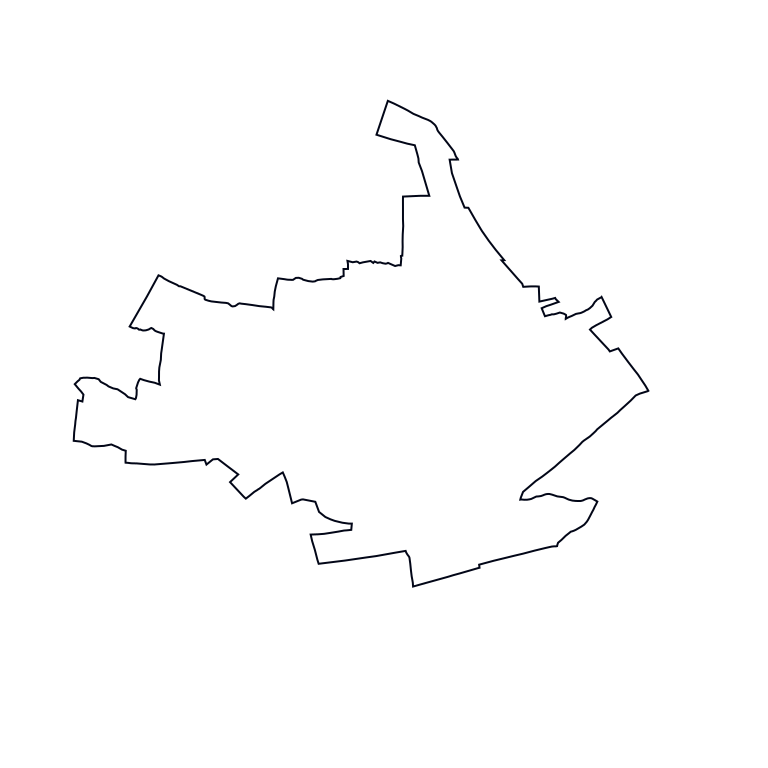 outline of Costesti, Iasi, Romania, rotated 308°
{"feature_id": "2599482B63280178112896", "entity_name": "Costesti", "entity_type": "district", "adm_level": 2, "iso_a3": "ROU", "parent_name": "Romania", "parent_adm1": "Iasi", "projection": "orthographic", "projection_center": [26.927, 47.235], "detail": "fine", "context": "isolated", "style": "outline", "palette": "ink", "viewbox_px": 768, "rotation_deg": 308, "n_neighbors": 0, "source": "geoboundaries", "source_scale": "gbopen_adm2", "svg_char_len": 5938}
<svg xmlns="http://www.w3.org/2000/svg" viewBox="0 0 768 768"><g transform="rotate(308 384 384)"><path d="M616.5,271.0L617.2,269.4L618.2,268.1L618.7,266.9L619.3,265.6L619.6,263.9L619.8,260.0L619.7,258.6L619.2,256.0L617.4,250.1L616.5,246.3L615.0,240.9L614.2,234.6L613.5,230.7L611.2,219.5L610.5,216.7L609.5,212.7L575.8,224.6L581.0,238.5L585.2,248.3L587.7,254.3L591.1,261.3L585.6,268.8L582.9,272.3L579.9,275.0L575.2,282.8L560.2,303.8L555.2,297.4L553.5,295.4L545.2,285.7L543.4,283.6L541.5,285.0L533.6,291.2L525.4,297.6L520.3,301.9L513.2,306.8L508.0,310.7L503.4,314.4L496.4,319.4L496.0,318.9L495.3,318.5L494.4,319.3L493.6,320.3L487.8,324.1L486.4,322.1L483.8,320.1L481.9,312.6L480.8,312.1L479.7,311.1L478.4,308.6L477.5,306.1L475.5,304.3L474.7,301.1L472.8,301.0L472.7,297.7L466.9,292.5L464.1,290.4L464.1,288.5L463.6,287.0L460.7,284.4L458.5,279.4L456.3,281.8L452.5,284.8L449.7,281.3L444.3,285.7L441.6,283.9L440.5,284.4L438.2,282.5L435.6,279.9L434.6,278.5L434.4,277.8L428.7,271.3L425.2,267.8L423.6,266.9L422.4,266.4L420.8,264.8L418.5,261.0L416.4,256.1L416.4,254.6L415.8,253.0L415.2,251.4L413.3,249.2L410.1,248.2L409.2,247.1L406.7,243.6L405.3,241.0L402.0,235.4L394.4,238.6L389.6,241.0L385.3,243.7L382.3,245.2L380.3,246.6L374.7,250.8L374.7,250.3L375.0,249.3L375.0,248.3L374.7,247.6L372.1,243.3L368.6,237.8L365.3,231.9L361.8,225.9L359.4,222.0L358.7,220.6L357.5,219.8L355.9,219.4L353.8,218.7L352.9,217.9L351.9,216.9L351.5,215.8L351.6,213.6L351.6,211.5L350.6,209.5L348.0,205.6L342.8,197.1L341.6,194.5L340.4,191.3L340.5,190.5L340.7,190.2L342.2,189.0L342.4,188.5L342.3,187.5L341.6,184.7L335.7,163.5L334.8,162.2L334.7,159.9L332.6,151.2L331.7,145.8L331.7,143.0L331.5,141.8L330.8,139.4L307.2,143.3L272.7,148.2L273.5,151.8L274.5,153.6L275.4,154.1L275.8,154.8L276.1,156.3L276.0,157.5L276.6,158.3L276.9,158.4L277.6,160.8L278.6,162.1L279.7,163.3L282.1,165.0L284.2,165.8L284.9,166.2L285.3,168.3L285.0,170.2L285.1,171.4L285.6,173.2L286.5,175.7L287.6,178.7L288.2,179.6L273.5,188.1L271.0,189.5L265.6,193.3L258.7,196.8L255.4,199.0L250.6,202.7L248.3,204.4L245.5,207.8L243.8,202.5L241.4,197.6L239.2,192.3L238.0,188.7L236.7,188.6L233.8,189.2L228.1,191.3L227.2,192.7L223.1,195.7L220.2,197.2L218.9,197.4L216.1,190.4L216.5,186.2L215.8,177.3L213.8,173.3L212.5,168.4L212.5,166.0L211.3,159.5L212.1,156.2L210.5,152.1L209.2,150.7L206.4,146.4L203.8,143.2L201.4,141.1L199.7,141.4L197.5,140.9L193.5,140.4L192.2,146.3L191.6,149.9L190.6,153.7L184.5,157.1L182.8,152.8L173.3,158.6L167.7,162.1L165.0,163.6L161.9,165.6L155.2,169.6L148.2,174.5L152.5,181.4L154.0,186.1L154.7,189.3L155.0,191.6L155.5,192.7L157.1,194.8L162.8,201.4L168.5,206.4L169.5,210.3L170.3,213.1L171.0,218.0L172.4,221.6L167.7,225.0L163.7,228.1L162.9,228.8L164.3,230.9L165.9,233.6L169.3,238.2L172.4,242.9L176.5,249.1L179.1,252.5L183.8,257.6L188.3,262.5L192.0,266.5L199.4,274.4L205.0,280.1L209.5,284.9L213.8,289.5L212.8,291.1L211.2,293.7L219.3,295.6L222.7,299.3L222.7,299.7L222.8,310.8L223.0,324.8L221.0,324.5L211.9,323.1L208.8,342.9L208.6,345.7L212.9,346.8L219.2,348.2L222.7,349.5L223.9,349.8L224.6,350.2L232.3,352.0L240.2,354.6L248.4,357.3L252.0,358.7L249.8,362.8L246.9,367.7L243.2,372.5L233.4,385.0L241.9,389.9L243.2,391.2L248.9,402.4L243.2,411.6L243.1,419.7L244.4,425.1L245.8,429.4L249.1,436.7L252.2,442.0L254.2,444.6L248.9,448.0L245.9,444.9L243.9,442.7L239.6,438.9L234.2,433.9L229.1,429.1L225.0,424.6L220.2,418.9L215.9,424.2L210.6,431.8L204.5,439.7L202.1,443.2L207.5,448.6L221.0,462.1L236.7,477.1L243.6,483.8L258.0,496.7L265.8,503.8L265.2,504.7L264.6,505.9L264.0,507.5L263.4,509.8L263.1,510.5L262.7,511.1L258.6,515.3L253.6,520.1L249.5,524.2L247.1,526.9L245.2,529.0L242.3,531.6L252.9,539.4L258.3,543.4L265.6,548.8L271.7,553.3L276.0,556.3L281.5,560.4L289.8,566.4L296.6,571.3L298.0,572.4L300.2,570.2L312.3,579.3L321.4,586.5L328.9,592.4L336.0,598.1L345.5,605.3L354.2,612.2L357.5,614.9L359.3,616.4L360.9,618.1L362.0,619.5L362.8,620.2L364.3,619.5L366.1,618.9L370.2,619.8L376.2,620.6L380.7,621.7L382.6,622.1L383.8,623.0L385.2,623.9L387.1,624.9L393.1,627.3L396.5,628.4L400.4,628.6L402.7,628.4L407.2,627.6L411.3,626.8L413.8,626.4L416.7,625.7L419.7,625.2L422.7,624.5L422.4,622.1L421.9,618.6L421.5,617.4L420.4,616.0L419.2,614.9L416.5,613.3L415.0,612.6L413.6,611.6L412.6,610.7L409.9,607.1L408.1,604.2L406.7,600.9L406.3,599.4L405.6,596.3L405.1,594.8L402.1,589.7L400.3,584.6L399.2,582.1L398.3,580.9L397.0,579.6L395.6,578.6L394.3,577.9L392.4,576.7L390.6,575.0L389.1,573.3L387.7,572.6L384.1,570.8L382.6,569.6L380.8,567.9L379.2,565.9L377.6,563.4L376.8,562.6L378.6,561.8L384.6,560.0L390.8,561.3L395.8,562.3L400.9,563.3L408.5,565.7L414.6,567.3L424.1,569.6L429.9,570.6L435.5,571.7L443.9,573.4L449.2,574.6L456.5,575.6L460.4,575.9L462.6,576.4L469.3,578.5L474.5,579.4L477.2,579.8L479.6,579.9L487.3,581.6L492.7,582.8L497.0,583.7L505.0,585.7L508.9,586.2L513.3,587.0L522.7,588.6L529.9,589.4L533.9,591.5L540.8,596.3L541.4,596.5L543.6,591.0L545.6,584.9L547.8,578.3L549.3,572.1L551.7,562.8L554.4,552.9L556.3,546.7L548.7,541.9L549.4,539.7L550.6,532.0L552.6,519.4L553.7,512.8L556.3,513.2L561.1,515.1L572.5,520.3L576.2,521.6L576.7,521.8L584.7,505.6L586.5,501.9L586.3,501.9L582.8,500.4L581.6,499.9L580.4,499.9L578.4,499.6L574.1,500.1L570.5,499.5L568.2,498.8L566.8,498.0L566.2,497.7L564.7,497.2L562.5,496.1L561.1,495.3L560.1,494.5L559.5,493.9L557.4,492.1L553.1,490.0L551.4,489.0L549.3,487.9L547.2,487.1L547.7,486.7L548.7,486.3L549.8,485.6L550.5,484.8L550.1,482.3L548.6,478.6L545.6,476.6L543.4,474.9L542.3,473.4L541.0,472.6L539.6,471.4L536.5,469.1L540.8,461.6L545.3,464.0L549.0,466.5L556.2,471.1L556.6,467.1L557.2,465.9L555.0,464.3L544.6,455.7L556.1,446.0L554.2,443.3L550.7,438.9L546.3,433.9L548.1,431.2L549.2,424.9L553.8,400.5L555.6,402.5L558.5,389.4L561.4,378.3L564.8,367.2L565.8,364.5L569.4,355.2L574.8,342.0L572.6,338.9L578.6,328.3L583.0,321.5L592.0,307.7L601.2,297.6L606.4,304.1L606.8,303.5L607.1,301.9L607.8,300.1L609.7,297.0L610.4,295.6L613.0,285.6L614.9,277.8L616.0,272.9L616.5,271.0Z" fill="none" stroke="#020617" stroke-width="2"/></g></svg>